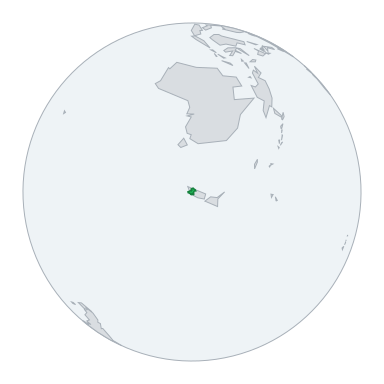 globe centered on Otago, rotated 76°
{"feature_id": "NZL-3407", "entity_name": "Otago", "entity_type": "Regional Council", "adm_level": 1, "iso_a3": "NZL", "parent_name": "New Zealand", "parent_adm1": "", "projection": "orthographic", "projection_center": [169.783, -45.312], "detail": "fine", "context": "on_globe", "style": "filled", "palette": "green", "viewbox_px": 384, "rotation_deg": 76, "n_neighbors": 0, "source": "natural_earth", "source_scale": "10m", "svg_char_len": 5827}
<svg xmlns="http://www.w3.org/2000/svg" viewBox="0 0 384 384"><g transform="rotate(76 192 192)"><circle cx="192" cy="192" r="169" fill="#eef3f6" stroke="#a8b0b8"/><path d="M220.8,111.3L221.0,112.4L220.7,112.5L220.8,111.3ZM294.1,326.6L296.5,324.7L290.1,329.4L291.5,327.8L295.9,324.0L293.2,325.1L296.2,322.1L291.7,325.3L291.3,322.5L285.2,325.6L283.6,323.2L279.5,325.0L280.8,323.6L280.8,322.3L279.0,322.5L285.5,317.4L293.4,314.3L295.6,314.9L297.5,312.7L302.7,313.1L302.8,311.6L312.4,306.7L317.0,304.5L324.3,297.1L315.1,307.8L305.0,317.6L294.1,326.6ZM282.6,59.9L281.4,57.8L284.3,60.0L282.6,59.9ZM279.3,56.0L280.0,56.8L279.1,56.0L279.3,56.0ZM277.7,55.0L278.9,55.7L277.6,55.1L277.7,55.0ZM275.6,54.0L276.7,54.5L275.6,54.0ZM272.2,51.9L271.3,51.4L272.2,51.6L272.2,51.9ZM272.9,326.1L284.1,318.0L278.6,322.5L279.3,324.6L271.8,329.0L272.9,326.1ZM273.1,332.2L271.3,334.6L269.5,335.5L270.4,334.0L273.1,332.2ZM104.4,47.5L101.9,49.2L96.4,52.7L98.5,51.3L104.4,47.5ZM85.1,61.1L85.4,61.0L81.2,65.1L66.1,80.7L57.2,91.0L55.7,93.3L54.4,94.4L49.2,102.1L49.0,106.8L47.9,110.2L41.1,123.3L41.5,121.0L37.9,123.9L34.7,133.5L37.4,133.5L38.2,139.6L35.1,142.1L34.5,137.2L33.3,138.0L35.4,130.1L37.5,123.5L43.3,111.7L50.1,100.3L57.7,89.5L66.1,79.4L75.2,69.9L85.1,61.1ZM82.3,296.1L84.2,295.5L84.9,297.6L82.3,296.1ZM62.9,136.9L66.4,135.0L66.4,135.7L62.9,136.9ZM59.1,137.5L62.8,134.7L58.7,139.3L59.1,137.5ZM64.4,133.7L68.2,129.6L69.9,127.4L69.8,128.9L64.4,133.7ZM56.6,139.6L44.9,151.3L40.7,154.7L41.3,151.3L48.1,143.9L56.6,139.6ZM41.0,151.7L35.1,153.6L29.9,148.7L31.7,144.8L37.7,142.8L37.2,145.3L40.8,145.2L41.0,151.7ZM56.7,123.2L56.3,129.3L49.4,135.2L46.5,137.3L44.5,132.6L45.6,128.0L47.8,125.6L58.7,105.3L62.0,104.9L58.2,112.2L61.1,114.2L56.7,123.2ZM64.6,94.5L59.2,102.5L64.6,93.3L64.6,94.5ZM68.7,87.1L68.3,89.1L67.1,88.4L68.7,87.1ZM54.2,96.1L51.7,99.3L52.4,97.9L56.0,93.1L54.2,96.1ZM78.0,69.0L75.1,72.7L73.7,74.5L73.9,73.3L78.0,69.0ZM197.2,179.2L201.8,181.8L199.0,187.8L193.7,193.8L185.7,194.8L197.2,179.2ZM142.7,194.2L137.8,187.0L145.2,185.2L146.1,192.1L142.7,194.2ZM201.2,175.1L203.5,169.0L199.8,160.3L205.0,168.6L212.3,170.7L204.0,181.7L201.2,175.1ZM102.4,173.9L83.4,199.4L77.9,201.4L76.4,195.6L65.6,184.7L67.1,183.7L62.5,175.4L72.1,157.7L78.0,137.6L86.7,134.0L91.2,121.3L101.2,118.1L100.1,126.9L112.6,128.6L115.9,109.1L128.6,126.3L141.0,132.3L150.4,146.2L146.6,174.4L139.7,181.2L136.2,178.9L133.9,182.5L127.2,182.5L119.0,174.6L117.0,178.3L116.9,171.0L114.9,178.1L109.3,173.7L102.4,173.9ZM176.1,120.6L178.9,121.4L184.7,125.7L180.2,124.6L176.1,120.6ZM214.1,113.9L216.5,116.2L213.2,115.9L214.1,113.9ZM220.7,112.5L216.8,112.3L220.8,111.3L220.7,112.5ZM184.7,109.1L186.5,110.6L185.6,110.9L184.7,109.1ZM183.5,108.6L184.4,106.7L184.9,108.7L183.5,108.6ZM168.7,97.5L169.8,96.6L170.7,97.3L168.7,97.5ZM71.7,131.5L76.2,123.7L79.2,121.7L71.7,131.5ZM166.2,95.5L162.7,95.3L162.8,94.4L166.2,95.5ZM165.9,93.2L165.3,91.9L168.1,95.0L165.9,93.2ZM158.8,90.4L163.4,92.6L158.4,90.7L158.8,90.4ZM156.5,90.8L153.4,89.9L153.6,89.5L156.5,90.8ZM126.9,95.9L137.7,102.2L130.0,103.2L121.1,99.9L115.9,105.8L103.0,108.8L105.4,105.1L103.2,101.6L91.1,104.6L88.6,103.0L92.6,99.6L85.1,101.0L93.2,96.2L96.9,99.9L101.7,94.1L110.7,92.2L120.2,91.6L128.7,94.0L126.9,95.9ZM94.0,107.7L95.5,107.1L94.4,109.3L94.0,107.7ZM147.7,87.2L152.1,89.6L151.7,90.3L149.6,90.0L147.7,87.2ZM130.5,92.7L139.2,86.9L141.5,86.7L135.8,92.6L130.5,92.7ZM136.7,84.3L141.2,84.4L143.8,86.6L142.9,87.4L136.7,84.3ZM77.4,110.5L77.2,112.1L75.2,112.0L77.4,110.5ZM79.9,108.2L86.0,106.8L79.4,109.8L79.9,108.2ZM63.3,113.7L64.8,115.9L69.6,110.5L66.0,116.0L69.6,119.5L68.7,122.4L65.0,118.4L64.4,125.6L62.4,126.9L60.8,122.3L62.7,114.4L64.7,110.3L73.5,103.5L63.3,113.7ZM79.7,104.2L78.1,101.2L79.4,98.1L81.0,99.1L79.7,104.2ZM74.4,95.0L71.2,93.4L67.7,97.2L75.6,87.2L77.2,90.3L74.4,95.0ZM72.8,88.4L69.4,91.8L73.4,86.6L72.8,88.4ZM68.9,91.1L69.3,88.7L71.6,87.4L68.9,91.1ZM74.4,87.5L76.3,82.7L76.8,84.4L74.4,87.5ZM70.3,83.8L73.9,84.3L67.9,87.3L71.0,79.7L73.8,77.4L70.3,83.8ZM106.9,46.8L108.0,45.8L111.5,44.0L109.7,45.2L106.9,46.8ZM131.5,34.2L130.7,34.6L123.9,38.1L112.8,43.2L104.1,48.0L105.3,47.5L100.7,50.9L100.5,50.3L108.8,45.1L114.9,42.0L118.7,39.9L124.9,37.1L128.0,35.6L128.5,35.4L131.5,34.2Z" fill="#d9dde1" stroke="#a8b0b8" stroke-width="1"/><path d="M194.9,191.0L194.7,191.3L194.5,191.6L194.4,191.8L194.3,192.0L194.3,192.3L194.2,192.4L194.2,192.5L194.1,192.8L194.0,192.7L194.0,192.8L193.9,192.9L193.9,193.0L193.7,193.2L193.8,193.2L193.8,193.3L194.0,193.3L193.9,193.4L193.8,193.5L193.7,193.5L193.8,193.6L194.0,193.5L194.0,193.4L194.1,193.5L193.9,193.7L193.9,193.8L193.5,193.8L193.3,193.9L193.1,194.0L193.0,194.3L192.9,194.4L192.9,194.5L192.7,194.7L192.6,194.8L192.2,195.0L192.1,195.3L192.0,195.5L191.9,195.4L191.8,195.5L191.7,195.5L191.8,195.5L191.7,195.7L191.4,195.8L191.2,195.9L191.0,196.0L190.9,196.0L190.8,195.9L190.8,195.7L190.8,195.4L190.8,195.2L190.7,195.1L190.8,194.9L190.8,194.7L190.7,194.5L190.7,194.4L190.7,194.2L190.5,193.9L190.5,193.7L190.4,193.6L190.4,193.4L190.4,193.2L190.6,192.8L190.7,192.4L190.8,192.3L190.7,192.2L190.5,191.9L190.4,192.0L190.2,192.3L189.9,192.3L189.9,192.2L189.7,192.0L189.7,191.9L189.3,192.0L189.1,192.0L188.9,192.0L188.9,191.9L188.8,191.7L188.9,191.2L188.7,191.1L188.6,190.9L188.5,190.7L188.6,190.4L188.6,190.0L188.7,189.9L188.8,189.8L188.8,189.7L189.2,189.6L189.6,189.4L189.8,189.3L189.9,189.2L190.0,189.0L190.0,188.9L190.2,188.7L190.3,188.6L190.5,188.4L190.8,188.4L191.0,188.4L191.3,188.3L191.4,188.2L191.5,188.2L191.8,188.1L191.8,188.3L191.7,188.4L191.7,188.5L191.5,188.8L191.5,189.3L191.6,189.5L191.7,189.8L191.8,189.9L191.9,190.0L192.0,190.1L192.3,190.1L192.4,190.3L192.4,190.5L192.5,190.7L192.6,190.8L192.8,190.9L193.0,190.8L193.1,191.0L193.3,191.3L193.5,191.1L193.8,190.9L194.0,190.8L194.2,190.7L194.6,190.9L194.8,190.9L194.9,191.0Z" fill="#22c55e" stroke="#15803d" stroke-width="1.5"/></g></svg>